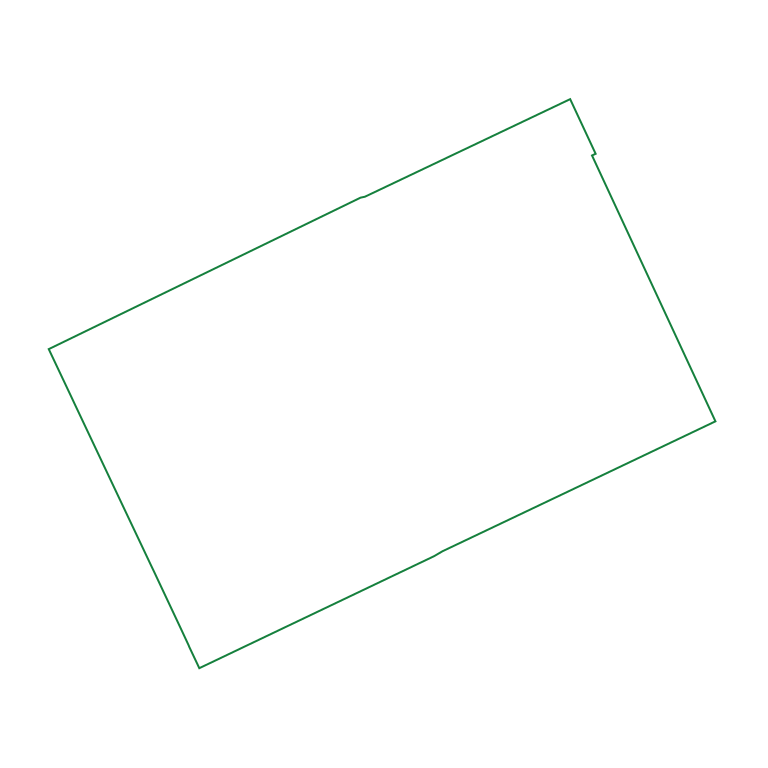 outline of Kit Carson, Colorado, United States of America, rotated 155°
{"feature_id": "52423323B73270525883232", "entity_name": "Kit Carson", "entity_type": "district", "adm_level": 2, "iso_a3": "USA", "parent_name": "United States of America", "parent_adm1": "Colorado", "projection": "mercator", "projection_center": [-102.364, 39.306], "detail": "fine", "context": "isolated", "style": "outline", "palette": "green", "viewbox_px": 768, "rotation_deg": 155, "n_neighbors": 0, "source": "geoboundaries", "source_scale": "gbopen_adm2", "svg_char_len": 450}
<svg xmlns="http://www.w3.org/2000/svg" viewBox="0 0 768 768"><g transform="rotate(155 384 384)"><path d="M673.1,557.3L672.8,502.1L672.8,499.8L672.8,497.2L672.2,386.1L671.9,338.9L671.8,318.9L671.7,309.1L671.7,305.6L671.5,250.0L671.5,229.6L671.6,228.1L671.5,208.4L671.5,204.5L411.3,206.8L401.6,207.7L281.4,208.6L99.4,210.1L98.9,503.2L94.9,503.2L94.9,563.5L322.2,561.8L326.5,562.8L673.1,557.3Z" fill="none" stroke="#15803d" stroke-width="2"/></g></svg>